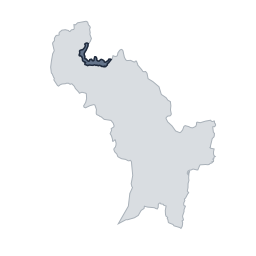 where Azad Kashmir sits in Pakistan, rotated 282°
{"feature_id": "PAK-1109", "entity_name": "Azad Kashmir", "entity_type": "Centrally Administered Area", "adm_level": 1, "iso_a3": "PAK", "parent_name": "Pakistan", "parent_adm1": "", "projection": "mercator", "projection_center": [73.919, 33.973], "detail": "fine", "context": "in_parent", "style": "filled", "palette": "slate", "viewbox_px": 256, "rotation_deg": 282, "n_neighbors": 0, "source": "natural_earth", "source_scale": "10m", "svg_char_len": 6460}
<svg xmlns="http://www.w3.org/2000/svg" viewBox="0 0 256 256"><g transform="rotate(282 128 128)"><path d="M220.4,56.8L223.7,64.8L223.2,66.5L220.6,67.9L219.6,69.5L218.4,70.2L216.7,69.9L213.4,71.2L211.8,71.2L207.9,73.6L204.9,73.1L201.8,71.6L199.0,71.5L191.3,69.8L187.3,71.4L185.3,75.4L185.5,76.1L186.8,76.7L187.4,77.4L187.5,78.0L186.6,79.7L187.1,80.5L190.6,80.9L190.7,81.5L190.3,82.4L187.7,83.8L187.4,84.7L187.8,86.0L189.5,87.8L189.1,89.5L187.7,91.5L187.8,92.3L189.2,93.9L191.3,95.1L191.6,96.9L191.3,97.6L191.9,98.2L195.6,98.3L195.3,100.4L195.8,102.0L197.0,102.6L199.4,102.5L202.3,103.7L203.5,105.0L203.4,105.9L202.5,107.0L196.5,109.7L194.3,111.5L193.7,112.9L194.7,116.4L193.8,120.2L194.1,121.0L194.9,121.2L195.2,122.3L192.2,124.3L191.7,124.3L187.8,129.4L186.5,130.6L186.3,131.7L186.9,133.5L185.5,135.2L180.4,137.4L178.6,142.6L174.8,149.7L168.1,153.4L167.5,154.2L165.6,158.9L163.5,161.2L162.6,164.0L158.7,165.3L154.5,165.8L150.8,167.4L149.9,167.4L148.6,166.6L147.9,164.4L146.2,163.2L145.2,163.2L142.2,165.6L139.2,170.6L135.0,175.2L134.2,179.5L134.6,180.3L137.3,181.8L141.2,182.4L142.2,183.4L142.0,187.2L141.4,189.1L141.6,191.2L143.6,193.9L145.8,194.3L147.2,193.9L148.1,194.4L148.2,197.6L150.8,202.3L152.8,207.2L152.0,208.1L151.9,208.7L152.0,209.8L152.8,210.6L152.8,211.0L150.9,211.7L150.0,212.8L148.9,213.1L147.3,212.5L146.9,210.7L146.2,210.8L141.6,212.4L140.7,213.7L138.2,214.0L137.1,213.9L135.2,212.6L127.5,212.4L126.6,212.7L126.1,212.1L125.4,212.7L125.4,216.6L122.6,216.6L120.2,217.1L118.8,218.0L118.2,219.3L117.3,218.1L116.2,218.4L115.2,217.4L114.7,218.4L112.9,218.6L112.6,217.2L111.7,217.7L111.0,216.9L110.6,215.9L109.3,215.0L108.7,213.9L108.4,211.4L107.0,206.3L106.2,205.9L101.5,205.0L101.3,204.1L101.4,200.2L99.9,198.2L99.5,196.8L98.3,195.6L97.0,195.3L95.8,195.4L94.7,196.7L97.4,196.5L98.7,197.3L96.0,197.1L91.8,197.7L89.4,198.5L86.2,198.3L82.1,199.1L78.7,199.1L77.3,200.8L76.0,200.1L71.4,198.8L70.3,197.9L68.8,198.7L66.3,198.1L64.3,198.5L63.6,199.3L63.5,200.4L59.7,199.8L57.9,200.2L53.8,199.7L52.7,199.8L49.6,201.4L48.3,200.2L47.0,201.1L44.8,201.4L42.9,201.4L40.8,200.7L41.4,199.4L41.9,193.3L43.0,192.1L43.7,187.9L44.1,187.1L47.0,185.9L47.4,185.2L48.8,185.4L49.6,183.6L51.1,182.7L55.2,181.6L59.6,181.5L59.9,179.0L60.7,178.5L60.6,175.8L61.3,175.2L61.3,174.9L60.8,174.1L59.7,173.5L56.7,174.0L54.9,173.5L55.0,172.1L55.5,170.3L54.7,163.5L54.9,160.3L52.6,160.4L50.1,158.0L44.6,156.2L41.5,152.9L38.1,146.5L37.9,145.1L32.3,138.4L51.6,144.6L64.4,143.4L70.7,144.8L71.6,143.9L74.2,142.7L82.5,142.5L95.9,138.3L96.9,136.9L96.1,135.9L96.0,135.0L96.8,132.1L96.6,128.2L97.3,125.5L97.9,124.0L100.2,122.5L101.8,120.1L103.0,119.2L104.1,118.6L105.3,118.7L106.4,119.5L108.4,119.8L110.4,119.6L113.7,118.1L113.7,117.6L112.1,116.5L111.8,115.8L112.4,115.4L113.7,115.2L117.0,113.4L118.7,111.7L122.1,112.4L123.9,111.7L126.1,113.9L127.1,114.0L129.6,112.6L131.9,109.8L131.5,102.9L133.4,99.4L133.4,98.3L134.0,97.3L134.6,94.7L135.3,94.0L137.0,93.6L139.5,93.3L143.5,90.9L143.8,89.7L142.0,86.2L138.9,82.2L139.2,80.7L140.4,80.0L144.3,81.3L148.2,81.4L152.9,80.1L153.3,79.0L153.4,75.5L151.9,73.2L153.0,72.2L155.7,68.3L157.6,66.9L159.6,63.8L158.7,62.3L159.4,60.5L159.0,58.5L158.4,57.8L157.3,54.3L156.3,52.8L154.5,51.3L155.0,50.1L159.6,45.5L161.4,45.6L162.0,44.8L165.2,42.6L165.9,41.6L171.4,39.7L177.3,39.2L185.0,38.9L188.2,39.8L194.8,36.7L195.9,36.7L198.2,37.9L200.2,37.4L201.3,37.6L203.6,38.5L204.5,41.1L205.0,41.3L206.3,40.8L207.4,41.0L210.0,43.1L211.1,46.3L211.0,49.4L210.2,50.6L210.3,51.2L212.2,52.2L213.1,54.4L214.3,54.7L217.9,53.6L218.0,55.2L220.4,56.8Z" fill="#d9dde1" stroke="#a8b0b8" stroke-width="1"/><path d="M202.2,71.6L201.6,71.5L200.8,71.7L199.7,71.8L195.6,70.9L192.6,69.8L191.8,69.7L191.1,69.8L190.3,70.1L189.5,70.7L189.1,70.9L187.3,71.2L187.1,71.3L186.8,71.6L186.7,71.9L186.8,72.3L186.8,72.7L186.7,73.0L186.1,73.4L185.9,73.7L185.9,74.2L185.8,74.4L185.7,74.5L185.4,74.7L185.3,74.8L185.1,75.1L185.1,75.5L185.2,75.8L185.4,76.1L185.7,76.3L186.0,76.4L186.3,76.4L186.6,76.4L187.0,76.4L187.2,76.7L187.4,77.4L187.6,77.6L187.7,78.0L187.4,78.5L186.7,78.8L186.5,79.1L186.4,79.6L186.5,80.0L186.7,80.4L187.1,80.6L187.4,80.7L188.3,80.5L188.5,80.5L189.1,80.7L189.5,80.7L190.0,80.6L190.4,80.6L190.8,80.8L190.9,81.3L190.8,81.8L190.6,82.2L190.2,82.5L189.8,82.8L189.4,83.0L188.1,83.2L187.9,83.5L187.4,84.2L187.4,84.4L187.3,84.5L187.3,85.1L187.3,85.4L187.3,85.6L187.4,85.8L188.0,86.2L188.8,86.7L189.4,87.2L189.6,88.0L189.3,89.0L189.0,90.1L188.9,90.3L188.7,90.5L188.4,90.8L187.9,91.0L187.7,91.1L187.6,91.4L187.6,92.0L187.7,92.4L188.1,92.8L188.5,93.1L188.9,93.5L189.5,94.4L190.0,94.6L191.1,94.8L191.4,95.0L191.5,95.3L191.6,96.0L191.7,96.8L191.7,97.1L191.5,97.3L187.5,95.4L187.4,95.3L187.2,94.9L187.0,94.7L186.8,94.6L186.6,94.5L186.2,94.5L185.9,94.6L185.7,94.7L185.4,94.7L185.2,94.6L184.9,94.3L184.6,94.1L183.9,93.7L183.5,93.5L183.3,93.2L183.5,92.9L183.6,92.7L183.6,92.3L183.6,92.2L183.2,91.9L183.2,91.7L182.9,91.7L183.0,91.5L183.0,91.2L182.9,90.9L182.9,90.6L183.0,90.5L183.0,90.4L183.0,90.2L182.8,89.9L182.7,89.7L182.8,89.3L182.9,89.1L183.0,88.7L183.3,88.6L183.3,88.4L183.3,88.2L183.2,87.7L183.3,87.5L183.4,87.4L183.4,87.1L183.3,86.8L183.2,86.5L183.0,86.4L182.7,86.1L182.7,85.8L182.7,85.7L182.9,85.1L183.0,84.9L183.0,84.6L182.9,84.4L182.9,84.1L182.7,83.9L182.6,83.6L182.8,82.5L182.8,82.0L182.0,80.7L181.9,79.8L181.7,78.9L181.7,78.7L181.7,78.2L181.7,77.9L181.5,76.9L181.3,76.7L181.2,76.4L180.7,75.7L180.6,75.4L180.8,75.1L180.9,74.9L180.9,74.6L180.9,74.1L181.0,74.0L181.0,73.9L181.1,73.7L181.1,73.4L181.1,73.2L181.2,72.9L181.2,72.7L181.3,72.7L181.7,72.5L181.8,72.5L182.1,72.6L182.4,72.5L182.6,72.4L182.8,72.3L183.0,72.4L183.1,72.5L183.3,72.7L183.5,72.4L183.7,71.7L183.6,71.3L183.6,71.2L183.9,70.5L184.0,70.4L184.1,70.1L184.2,69.9L184.3,69.8L184.4,69.7L184.7,69.5L184.8,69.5L184.9,69.4L185.1,69.4L185.3,69.3L185.5,69.2L185.8,69.1L186.3,69.2L186.6,69.0L186.7,68.9L186.8,68.8L186.9,68.7L187.0,68.6L187.2,68.4L187.3,68.4L187.5,68.3L187.9,68.2L188.0,68.1L188.1,67.8L188.1,67.7L188.3,67.4L188.5,67.1L188.5,66.9L188.5,66.7L188.7,66.4L188.8,66.4L188.9,66.2L188.6,65.9L188.5,65.7L188.6,65.4L188.8,65.2L189.2,65.0L189.3,65.0L189.8,65.0L190.9,65.2L191.9,65.1L192.6,64.8L193.2,64.6L193.5,64.7L193.9,64.9L194.2,65.3L194.5,65.8L195.0,66.8L195.2,67.3L195.5,67.6L197.2,68.6L198.0,68.9L198.7,69.1L199.2,69.1L199.6,69.1L199.9,69.0L200.3,68.9L200.6,68.7L201.0,68.3L201.4,68.4L202.0,69.0L202.3,69.4L202.5,69.8L202.6,70.3L202.5,70.8L202.2,71.5L202.2,71.6Z" fill="#64748b" stroke="#1e293b" stroke-width="1.5"/></g></svg>